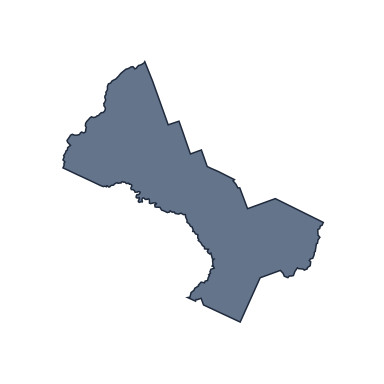 Fresno, California, United States of America (Natural Earth projection), rotated 250°
{"feature_id": "52423323B20293708991619", "entity_name": "Fresno", "entity_type": "district", "adm_level": 2, "iso_a3": "USA", "parent_name": "United States of America", "parent_adm1": "California", "projection": "natural_earth1", "projection_center": [-119.494, 36.746], "detail": "fine", "context": "isolated", "style": "filled", "palette": "slate", "viewbox_px": 384, "rotation_deg": 250, "n_neighbors": 0, "source": "geoboundaries", "source_scale": "gbopen_adm2", "svg_char_len": 4219}
<svg xmlns="http://www.w3.org/2000/svg" viewBox="0 0 384 384"><g transform="rotate(250 192 192)"><path d="M79.1,256.5L78.8,258.7L82.1,261.5L84.7,265.1L83.5,265.9L81.7,269.9L80.2,270.8L80.3,273.9L81.5,274.7L82.3,277.9L85.9,279.7L87.5,278.8L88.6,280.4L88.4,282.8L91.2,285.3L93.5,286.3L94.0,287.5L100.7,291.1L100.9,292.4L103.9,294.0L105.7,296.7L108.4,295.7L113.6,297.3L114.0,299.5L116.2,301.0L116.2,302.8L118.5,305.0L157.3,268.0L157.3,238.5L179.5,238.3L180.3,236.4L184.1,236.0L188.5,234.4L189.1,236.1L199.2,226.6L202.1,223.9L208.2,217.5L210.8,215.0L228.3,215.2L228.3,203.5L242.4,203.7L251.8,203.9L263.0,204.0L263.3,192.6L309.6,192.9L330.7,192.2L330.5,191.9L330.0,191.8L329.7,191.0L329.3,189.4L329.0,187.6L329.0,186.3L329.2,185.1L328.8,184.3L328.1,183.0L327.3,181.9L327.3,180.3L328.3,180.1L330.0,179.4L330.4,177.3L330.0,175.8L329.8,174.4L330.0,171.9L329.0,169.0L327.8,165.7L325.9,162.5L324.2,158.9L324.0,156.8L323.7,154.8L322.2,152.8L322.2,150.5L320.3,148.7L317.0,147.5L315.2,145.2L313.0,144.6L312.0,143.0L310.6,142.4L308.2,142.4L306.7,141.3L305.9,140.3L305.7,139.9L305.2,139.3L304.7,139.4L303.7,138.9L302.7,138.8L301.5,139.3L299.6,139.0L297.9,137.5L297.1,135.8L297.6,133.9L296.8,131.9L295.9,130.4L296.0,128.8L295.3,126.9L295.8,124.7L297.1,123.2L296.5,121.4L295.4,119.4L294.4,117.4L293.0,115.6L290.6,114.4L288.8,114.8L287.1,113.5L285.0,112.6L284.5,110.5L286.1,108.8L285.8,107.6L284.5,105.9L284.8,102.9L285.8,100.8L287.2,99.2L286.9,97.2L286.0,96.2L285.5,95.5L283.1,92.1L281.1,92.2L277.4,93.8L276.2,90.3L274.0,89.2L273.8,87.8L271.9,86.3L270.1,83.8L268.8,84.0L266.3,81.7L263.7,82.9L262.8,81.5L260.9,81.0L258.8,79.0L255.9,81.9L248.8,88.9L245.4,92.3L238.8,98.9L234.1,103.6L230.2,107.4L228.9,108.8L227.4,110.5L227.4,111.6L227.0,112.4L226.3,113.2L226.8,113.5L227.0,114.2L226.7,114.6L226.4,114.6L226.0,114.8L225.7,115.1L225.0,115.7L225.1,116.9L225.4,117.1L225.6,117.7L225.8,118.4L225.8,118.8L225.7,119.2L225.5,119.7L225.4,120.2L225.3,120.8L225.5,121.1L225.9,121.6L226.1,122.1L226.1,122.5L226.2,123.1L226.4,123.6L226.4,124.3L226.2,125.0L225.5,125.4L225.3,126.1L225.3,126.4L225.2,127.0L225.1,127.7L224.8,128.1L224.7,128.3L224.9,128.6L225.3,128.8L225.5,129.7L225.5,130.2L225.1,130.5L224.7,130.9L224.6,131.3L224.5,131.6L224.4,132.0L224.1,132.4L223.7,132.6L223.2,132.8L222.8,133.0L222.5,133.2L222.2,133.7L222.2,134.4L222.2,135.0L221.8,135.4L221.4,135.6L220.8,135.7L220.6,136.0L220.7,136.5L220.3,136.9L219.8,137.1L219.5,137.6L218.9,137.7L217.7,137.2L217.2,136.3L216.3,135.8L215.0,135.8L214.4,137.4L212.9,138.4L212.1,138.4L211.8,138.3L211.5,138.3L211.1,138.8L210.8,140.0L210.5,141.0L210.7,141.4L210.8,141.8L210.5,142.3L210.0,143.0L209.0,143.0L208.2,141.8L207.9,141.0L208.0,140.3L208.3,139.6L208.2,139.1L207.5,138.4L206.7,137.9L205.9,137.7L205.2,138.2L204.9,139.3L204.6,140.2L204.6,140.5L204.1,140.4L203.8,140.2L203.1,139.8L202.5,139.0L201.6,138.3L200.8,138.5L200.3,138.9L200.3,139.7L200.2,140.6L199.9,141.5L199.7,141.9L200.2,142.2L200.9,142.3L201.5,142.1L202.3,142.6L202.7,143.0L203.1,143.6L203.0,144.1L202.7,144.8L202.2,145.0L201.8,145.2L201.3,145.4L200.9,145.8L200.7,146.4L200.6,147.0L200.3,147.8L200.6,148.4L200.5,148.8L200.0,149.2L199.6,149.2L198.1,149.0L197.1,148.5L196.0,148.2L195.2,149.2L195.1,150.3L194.8,152.5L194.1,154.2L193.3,154.6L192.8,153.8L192.7,152.6L190.6,152.2L189.9,153.4L188.6,156.6L185.5,157.2L184.9,157.8L184.1,158.9L181.1,161.8L180.9,164.1L181.8,165.0L179.8,166.5L179.1,168.6L177.6,168.8L175.8,171.9L175.9,174.4L173.6,176.3L173.1,178.0L170.6,177.5L167.0,177.7L165.4,176.9L162.8,178.5L160.3,178.9L159.1,180.2L157.4,180.0L156.6,180.4L154.7,179.2L154.0,180.6L151.5,180.9L149.9,182.8L146.7,181.7L145.3,182.2L144.3,181.3L141.6,182.9L138.1,183.5L136.1,184.9L134.3,184.3L132.5,187.9L131.0,186.1L129.4,186.3L127.6,187.6L128.1,188.8L122.0,188.3L121.4,189.7L120.4,187.8L116.6,186.9L115.1,185.0L115.6,186.6L112.8,186.8L112.9,183.3L110.8,181.5L109.5,181.7L108.5,179.4L107.7,179.9L105.9,177.9L103.5,176.3L103.8,173.9L102.4,172.7L104.2,169.8L102.3,166.2L101.5,166.0L100.6,161.7L98.9,160.2L97.9,156.8L93.9,154.1L94.3,151.8L88.2,158.0L89.6,159.0L89.0,160.3L89.0,164.2L81.9,164.2L53.3,192.8L88.1,226.7L88.1,248.2L84.4,249.8L81.3,249.9L78.7,252.8L79.8,254.7L79.1,256.5Z" fill="#64748b" stroke="#1e293b" stroke-width="1.5"/></g></svg>